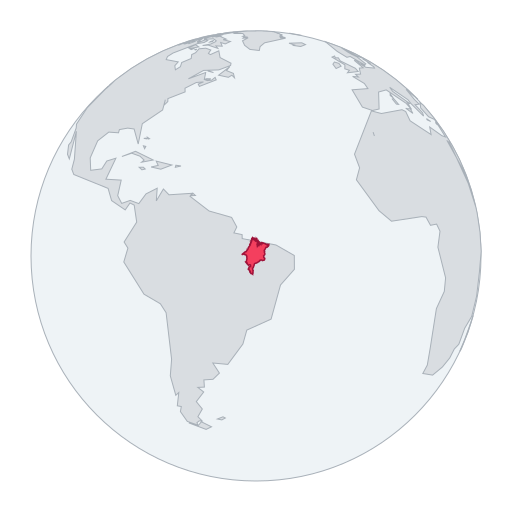 Maranhão highlighted on a globe, orthographic projection
{"feature_id": "BRA-593", "entity_name": "Maranhão", "entity_type": "State", "adm_level": 1, "iso_a3": "BRA", "parent_name": "Brazil", "parent_adm1": "", "projection": "orthographic", "projection_center": [-45.076, -5.686], "detail": "fine", "context": "on_globe", "style": "filled", "palette": "rose", "viewbox_px": 512, "rotation_deg": 0, "n_neighbors": 0, "source": "natural_earth", "source_scale": "10m", "svg_char_len": 12464}
<svg xmlns="http://www.w3.org/2000/svg" viewBox="0 0 512 512"><circle cx="256" cy="256" r="225" fill="#eef3f6" stroke="#a8b0b8"/><path d="M179.9,44.0L178.3,45.3L182.9,43.5L184.7,44.0L190.6,42.4L188.4,43.8L195.1,41.4L196.0,40.5L199.3,39.3L202.9,38.5L200.7,39.9L198.5,40.5L199.8,40.5L197.1,41.7L200.4,40.7L197.3,42.9L205.7,39.7L207.7,40.6L204.1,42.5L197.6,43.6L173.1,53.0L167.5,56.5L166.2,59.6L178.2,61.9L174.8,65.7L175.4,69.8L180.4,66.7L181.7,62.5L191.2,58.5L191.7,54.6L195.6,52.7L199.0,48.8L205.8,48.2L210.8,50.0L208.4,53.4L210.4,54.6L218.8,50.8L220.1,57.6L231.0,63.2L230.6,65.5L218.8,69.9L203.6,70.4L188.4,78.8L205.7,72.5L204.3,79.5L207.2,80.6L211.6,80.2L215.1,77.4L216.2,79.9L199.4,86.4L198.2,84.1L203.5,81.9L196.3,82.5L185.0,88.2L185.1,91.9L167.9,98.6L167.8,101.6L164.0,105.2L165.3,99.7L162.6,110.0L142.3,123.7L138.2,144.0L134.1,129.0L127.7,128.1L119.4,129.6L118.5,132.8L108.8,132.1L97.7,140.8L90.2,157.9L90.7,170.3L101.8,168.9L106.8,161.0L115.9,158.2L105.9,179.2L121.2,180.1L117.7,195.7L121.7,203.4L130.2,200.4L138.8,203.6L146.0,193.9L157.2,188.2L156.3,200.9L163.4,189.0L169.0,194.8L192.0,193.3L190.0,196.3L209.1,211.0L231.6,217.4L236.8,227.0L233.9,232.9L242.1,234.6L242.2,238.6L276.0,245.0L294.3,255.5L294.4,269.3L280.5,285.0L271.1,319.1L246.8,330.1L242.9,344.0L227.8,364.4L212.8,363.0L219.4,373.1L213.0,379.3L203.9,379.9L204.4,387.1L197.8,387.4L203.7,392.0L196.3,401.6L202.3,409.0L197.9,416.7L202.1,420.9L199.1,420.9L196.9,422.7L197.9,425.1L187.3,421.4L180.4,411.6L181.3,406.5L177.3,405.8L178.8,392.5L175.8,395.3L170.3,375.8L171.6,359.3L166.1,312.7L160.4,303.8L144.0,294.2L123.8,262.0L127.9,248.1L124.1,242.0L136.7,222.1L134.2,205.1L130.0,203.0L125.2,209.9L111.6,200.6L108.1,188.4L73.8,174.5L71.8,169.2L74.4,159.2L76.4,131.3L69.3,158.9L67.5,154.3L68.6,145.0L71.2,141.8L76.2,128.0L76.5,124.1L87.2,107.8L108.3,86.2L106.3,88.5L111.6,83.7L114.4,80.9L115.0,80.3L116.7,79.0L131.4,68.3L146.9,58.9L163.1,50.8L179.9,44.0ZM135.5,151.3L153.2,160.0L141.6,162.2L144.1,160.1L140.0,156.2L131.7,153.2L121.9,156.5L135.5,151.3ZM147.0,138.9L143.8,138.4L147.2,138.0L147.0,138.9ZM114.4,80.7L114.0,81.2L109.8,85.1L109.7,84.9L114.1,81.1L114.4,80.7ZM194.9,49.5L196.9,49.2L195.2,50.0L194.9,49.5ZM194.5,48.3L191.2,49.6L190.5,49.2L192.6,48.4L194.5,48.3ZM198.8,46.9L189.8,48.5L188.6,47.9L195.5,44.7L198.8,46.9ZM194.8,40.6L193.9,41.5L191.3,41.6L194.8,40.6ZM193.6,39.5L195.2,39.1L196.2,38.9L192.7,40.0L198.4,38.4L192.3,41.0L179.4,44.3L182.5,43.1L186.1,42.0L187.1,41.5L193.6,39.5ZM200.4,38.9L197.6,39.4L200.0,38.3L206.1,37.0L203.4,37.7L200.4,38.9ZM204.7,37.6L209.2,36.4L211.4,36.3L203.4,38.3L204.7,37.6ZM198.0,38.6L199.4,38.1L200.7,37.9L198.0,38.6ZM221.6,36.2L218.1,36.4L219.0,35.8L221.6,36.2ZM210.8,36.0L210.0,36.1L210.0,35.9L213.4,35.3L210.8,36.0ZM201.0,37.5L203.0,37.0L202.6,37.1L205.7,36.4L205.2,36.5L207.9,35.9L209.5,35.6L206.8,36.2L200.8,37.6L201.0,37.5ZM216.7,34.4L217.0,34.9L223.3,34.3L222.6,34.8L212.7,35.7L216.7,34.4ZM211.1,35.3L214.4,34.8L211.9,35.4L208.1,36.2L211.1,35.3ZM219.1,34.0L218.9,33.9L219.8,33.9L219.1,34.0ZM221.0,33.5L218.5,34.0L221.0,33.5ZM219.2,33.7L217.5,34.1L216.7,34.2L218.0,33.9L218.6,33.9L219.2,33.7ZM230.8,32.1L228.8,32.6L223.1,33.4L225.8,32.8L230.8,32.1ZM206.1,429.4L188.8,422.9L198.0,425.8L201.4,421.8L211.5,426.8L206.1,429.4ZM217.4,419.0L223.0,416.8L225.3,418.0L221.8,419.9L217.4,419.0ZM417.9,99.3L413.0,94.6L408.7,90.4L417.9,99.3ZM408.2,89.9L409.4,91.3L413.2,94.8L414.1,96.2L410.6,93.2L409.1,91.4L406.1,89.4L414.4,99.5L419.2,104.1L415.1,104.7L422.6,112.8L423.6,116.1L411.2,103.8L407.9,99.7L389.7,87.3L392.7,91.4L410.1,103.8L407.3,102.6L411.6,109.5L406.1,103.3L386.2,89.9L378.6,92.0L379.1,109.0L372.5,110.5L362.4,107.1L352.1,89.8L367.9,88.6L364.4,83.5L352.6,76.4L358.4,77.0L355.5,74.3L360.6,74.1L359.3,68.1L363.2,67.8L354.5,60.6L355.3,59.7L360.3,64.0L365.8,67.3L374.5,68.1L373.8,66.8L367.4,62.4L370.6,63.6L363.3,59.3L364.3,58.8L357.0,56.1L349.3,51.9L345.4,49.5L341.5,47.9L347.8,52.1L351.6,54.3L356.9,56.8L365.8,63.9L364.6,64.8L350.2,56.5L346.9,57.3L337.2,51.4L326.0,42.2L325.6,41.7L340.7,47.2L355.3,53.8L369.5,61.4L383.1,70.0L396.0,79.5L408.2,89.9ZM475.7,206.2L475.8,206.4L471.5,190.5L451.6,147.0L449.4,142.7L449.1,142.2L448.5,141.3L451.9,148.2L446.8,140.2L462.8,169.1L467.7,181.7L475.9,207.3L476.4,209.6L477.1,212.8L480.0,232.0L481.2,251.4L479.4,272.1L476.6,296.2L471.7,316.4L464.7,328.2L458.8,344.3L454.3,349.0L449.7,358.0L442.4,367.0L432.6,375.1L422.8,373.5L427.3,365.1L430.2,348.2L436.4,308.6L444.3,291.4L445.6,277.8L437.9,247.2L440.0,231.2L436.6,224.1L430.5,225.3L426.0,217.1L421.8,216.6L391.5,221.2L379.0,210.7L356.4,179.8L359.6,167.8L354.5,154.2L371.4,110.9L381.4,113.5L402.0,109.7L405.7,111.5L410.1,120.8L431.1,134.6L429.7,127.0L441.9,135.7L445.5,137.0L434.6,119.5L428.6,116.8L420.7,108.0L420.1,102.7L423.6,105.4L434.1,118.0L443.6,131.3L452.2,145.3L459.7,159.8L466.2,174.9L471.5,190.4L475.7,206.2ZM373.1,132.1L374.4,136.0L373.1,132.1ZM192.8,193.1L195.4,195.5L191.6,195.7L192.8,193.1ZM139.2,167.3L143.3,167.2L145.2,169.0L141.9,169.8L139.2,167.3ZM175.9,165.2L181.0,166.0L175.3,167.3L175.9,165.2ZM156.2,161.1L171.8,165.0L160.8,169.2L151.1,167.0L158.2,165.4L156.2,161.1ZM143.4,145.8L145.8,146.4L144.6,148.7L143.4,145.8ZM149.5,138.7L148.4,139.0L147.6,137.4L149.5,138.7ZM205.2,79.1L206.6,78.7L210.8,78.8L208.1,80.1L205.2,79.1ZM233.4,73.4L234.5,77.8L231.9,75.2L228.4,77.3L218.6,75.2L229.8,66.6L226.5,70.6L233.4,73.4ZM208.6,70.8L213.5,72.6L207.7,71.0L208.6,70.8ZM334.4,62.0L338.9,63.4L341.1,66.2L336.1,68.5L332.9,64.2L334.4,62.0ZM344.9,64.9L332.0,57.1L334.6,56.0L335.3,57.8L338.3,57.8L340.3,60.9L355.4,68.3L358.2,71.5L347.4,72.8L349.4,70.3L344.8,68.8L344.9,64.9ZM294.5,45.0L289.0,43.2L301.8,42.8L305.5,44.6L300.7,46.5L293.5,45.5L294.5,45.0ZM212.6,41.6L209.7,42.1L210.3,41.6L213.3,40.6L212.6,41.6ZM219.9,36.3L226.2,39.1L223.1,39.7L230.4,41.5L225.2,43.9L220.7,42.5L222.2,46.2L215.9,45.9L217.9,48.4L208.2,45.1L202.6,45.5L210.8,44.0L215.7,41.6L216.2,40.7L213.4,38.8L203.9,39.4L207.3,37.7L212.2,36.4L215.0,36.0L211.9,37.1L217.9,35.8L215.5,37.1L219.9,36.3ZM267.7,31.1L263.0,31.0L274.5,31.6L272.3,31.7L273.7,31.7L274.8,32.2L278.7,33.1L276.7,33.2L279.1,33.5L279.8,34.1L282.4,34.8L279.7,35.3L282.7,36.3L279.7,36.0L285.5,37.7L280.0,36.8L280.5,37.9L285.6,38.2L264.6,42.8L260.1,46.6L259.3,50.5L249.9,49.4L244.6,45.3L242.5,40.8L248.2,37.8L242.9,38.2L244.1,37.0L247.8,37.2L242.8,36.3L244.7,35.5L242.8,33.5L234.4,33.5L233.5,33.1L237.8,32.7L233.9,32.6L241.4,31.8L240.9,31.6L247.8,31.0L256.3,31.0L255.1,30.8L260.3,30.8L267.7,31.1ZM235.3,31.7L243.6,31.1L247.7,30.9L234.0,32.2L233.4,32.5L224.8,34.0L219.1,34.3L222.1,33.8L223.7,33.4L224.8,33.4L225.1,33.1L229.2,32.5L230.5,32.3L233.7,32.0L233.0,31.9L235.3,31.7ZM405.7,108.2L407.8,108.8L410.2,108.7L412.9,113.4L405.7,108.2ZM392.3,99.0L393.6,98.5L398.6,104.4L396.4,104.1L392.3,99.0ZM390.1,93.6L393.3,98.0L390.2,95.5L390.1,93.6ZM361.0,63.6L361.9,63.2L363.6,64.3L365.1,65.8L361.0,63.6ZM299.7,35.0L301.5,35.4L298.1,34.7L297.3,34.6L289.4,33.2L289.5,33.2L299.7,35.0ZM436.0,122.0L437.5,125.0L435.8,123.1L435.7,122.4L436.0,122.0ZM426.5,118.6L430.7,121.5L427.2,119.9L426.5,118.6ZM461.7,347.9L460.1,351.3L460.2,350.4L464.7,339.6L472.3,318.4L473.3,315.4L468.1,331.9L461.7,347.9Z" fill="#d9dde1" stroke="#a8b0b8" stroke-width="1"/><path d="M251.8,238.5L252.2,238.2L252.2,238.4L252.2,238.2L252.4,237.8L252.5,238.0L252.4,238.2L252.6,238.2L252.4,238.2L252.4,238.4L252.6,238.6L252.9,237.8L252.9,238.0L252.7,238.3L252.8,238.2L252.9,238.4L252.8,238.6L253.0,238.4L253.1,238.6L253.1,238.9L253.1,238.7L253.5,238.1L253.4,238.6L253.6,238.4L253.7,238.7L253.6,239.0L253.9,239.0L253.9,238.7L254.0,238.7L254.0,238.9L254.2,238.7L254.1,239.0L254.3,238.8L254.2,239.2L254.6,238.7L254.7,239.0L254.4,239.4L254.2,239.5L254.3,239.4L254.3,239.6L254.5,239.6L254.5,239.4L254.9,238.8L255.0,238.8L255.1,239.2L254.8,239.5L254.7,239.8L254.8,239.9L254.8,239.7L255.0,239.9L254.9,240.4L255.0,240.5L255.4,240.2L255.3,239.9L255.7,239.5L255.8,239.6L255.9,239.4L256.0,239.5L255.9,239.5L256.0,239.5L256.1,239.3L256.1,239.5L256.3,239.5L256.2,239.6L256.4,239.7L256.2,239.9L256.4,239.9L256.5,239.6L256.8,239.2L256.9,239.5L256.6,239.7L256.6,239.9L256.6,240.1L256.7,239.9L256.9,240.1L257.0,240.1L256.9,240.0L256.9,239.8L257.0,240.1L257.1,239.9L257.1,240.0L257.1,240.4L257.0,240.6L257.2,240.4L257.4,240.4L257.0,240.8L257.4,240.7L257.6,240.8L257.7,240.4L257.9,240.5L257.6,240.9L257.8,240.8L258.0,240.8L258.0,241.0L258.1,240.8L257.9,241.1L258.2,241.1L258.3,241.5L257.8,241.7L258.3,241.7L257.8,242.1L257.7,242.1L257.9,242.2L257.7,242.4L257.4,242.4L257.5,242.6L257.3,242.5L257.0,242.6L257.4,242.6L257.5,242.7L257.4,243.1L257.6,242.9L257.6,243.2L257.7,242.6L258.3,242.1L258.7,242.3L258.8,242.8L258.7,243.1L258.4,243.1L258.2,243.0L258.2,243.5L257.6,243.8L258.1,243.6L257.7,244.3L257.7,244.9L257.5,245.1L257.5,245.4L257.8,245.5L257.4,246.1L257.2,246.2L257.2,246.6L257.3,246.3L257.6,246.2L258.5,245.2L258.8,244.0L258.8,243.6L259.0,243.6L259.1,243.8L259.1,243.4L259.9,243.1L260.1,243.3L259.8,243.3L260.0,243.3L260.0,243.5L260.1,243.4L260.0,243.7L259.7,243.9L259.8,243.9L259.7,244.1L259.4,244.1L259.4,244.3L258.9,244.6L258.9,244.8L259.0,244.6L259.1,244.8L259.2,244.5L259.4,244.6L259.5,244.5L259.4,244.8L259.8,244.5L260.0,244.5L259.9,244.7L260.1,244.1L260.3,243.9L260.4,244.0L260.4,243.9L260.5,243.7L260.7,244.0L260.7,243.8L261.2,243.6L261.3,243.4L261.3,243.7L261.6,243.7L261.6,243.4L261.5,243.5L262.0,243.6L262.0,243.2L262.2,243.7L262.3,243.6L262.3,243.4L262.5,243.4L262.3,243.3L262.5,243.3L262.2,243.1L262.3,242.9L262.6,242.8L263.4,243.0L264.9,243.7L265.3,243.7L265.8,244.2L266.2,244.2L266.1,244.4L266.3,244.5L266.4,244.4L267.0,244.5L267.1,244.8L267.3,244.7L267.8,244.7L267.8,244.8L268.0,244.7L268.3,244.8L268.3,244.6L268.0,244.4L268.8,244.4L268.6,244.8L268.8,245.3L268.3,246.2L268.1,246.4L267.6,246.5L267.2,247.2L266.3,247.3L266.1,247.2L265.5,248.1L265.5,248.6L265.2,249.0L264.8,249.5L264.6,249.9L264.2,250.3L264.3,250.8L264.5,251.0L264.7,251.3L264.5,251.8L264.3,252.0L264.4,252.3L264.7,253.0L264.9,254.0L264.7,254.7L264.4,254.9L263.9,255.7L263.7,255.8L263.8,256.1L263.7,256.3L263.7,256.9L263.9,257.3L263.8,257.5L264.3,258.0L264.7,258.2L264.8,258.6L264.7,258.7L264.7,259.1L264.4,259.9L264.1,260.2L263.6,260.3L263.3,260.2L262.5,260.6L262.2,260.5L261.9,260.2L261.5,260.0L260.9,260.0L260.4,260.2L260.0,260.3L260.0,260.5L259.8,260.5L259.6,260.7L259.4,261.1L259.2,261.2L259.0,261.6L258.2,261.9L257.6,262.5L257.0,262.6L256.7,262.9L256.3,263.1L255.2,263.3L254.5,263.8L254.4,264.0L254.2,264.6L254.0,265.7L253.4,266.8L253.4,267.3L253.3,267.5L253.1,267.8L252.7,268.2L252.5,268.7L252.8,269.7L252.8,270.2L253.2,270.6L253.2,270.8L253.0,271.1L253.0,273.0L252.8,273.0L252.8,273.3L252.6,273.7L252.6,274.2L252.1,273.8L251.1,273.6L250.6,273.0L250.6,272.7L250.5,272.4L249.8,272.0L249.8,271.7L250.1,271.6L250.3,271.2L249.3,270.5L249.1,269.7L249.0,269.4L248.7,269.3L248.4,269.3L248.2,269.1L248.3,268.9L248.9,268.4L248.8,268.0L249.2,266.9L249.6,266.7L250.5,266.6L250.3,266.3L250.4,266.2L250.4,265.8L250.6,265.4L250.5,265.0L250.0,264.7L249.0,264.9L248.6,265.2L248.4,265.3L247.6,264.1L247.4,264.1L247.3,263.7L247.2,263.8L246.9,263.3L246.7,263.3L246.5,262.9L246.2,262.9L246.6,262.7L246.6,262.4L246.2,262.2L246.0,262.4L245.6,261.9L245.8,261.8L246.0,261.8L246.5,261.1L246.6,260.0L246.9,259.1L246.9,258.6L247.0,258.3L246.8,257.7L246.9,256.7L246.6,256.2L246.6,255.6L246.5,255.4L246.4,255.2L245.6,254.9L245.2,254.8L245.1,254.4L244.9,254.3L244.6,254.2L244.1,254.4L243.2,254.0L242.6,254.1L242.2,254.6L241.9,254.6L241.7,254.7L245.3,251.7L245.9,251.8L246.2,251.5L246.7,250.7L247.0,250.4L247.2,249.6L247.3,249.7L248.1,248.9L248.3,247.7L248.6,247.5L248.7,247.0L248.9,246.8L249.1,246.7L249.4,246.2L249.5,246.1L249.9,245.4L249.8,245.0L250.1,244.9L249.8,244.4L250.0,244.1L250.3,244.0L250.4,243.7L250.7,243.6L250.7,243.1L250.8,242.9L250.6,243.0L250.7,242.8L250.7,242.5L250.9,242.5L251.3,242.1L251.5,241.2L251.5,240.8L251.5,240.7L251.2,240.7L251.5,240.4L251.7,239.8L251.6,239.5L251.9,239.0L251.7,238.8L251.8,238.5ZM258.3,244.3L258.2,244.8L258.3,244.6L258.3,245.2L257.9,245.7L258.0,245.1L258.0,244.7L258.1,244.4L258.3,244.3ZM261.7,242.5L261.8,242.6L261.7,243.1L261.3,243.2L261.3,242.7L261.7,242.5ZM256.7,238.7L256.7,238.9L256.4,239.1L256.2,239.1L256.2,238.9L256.3,238.8L256.3,239.0L256.4,238.6L256.7,238.7ZM267.9,244.3L268.0,244.5L267.7,244.5L267.7,244.3L267.3,244.2L267.9,244.3ZM260.9,243.5L260.8,243.2L261.0,243.3L261.1,243.2L261.2,243.3L261.1,243.5L260.9,243.5ZM267.1,244.3L267.5,244.4L267.7,244.6L267.1,244.4L267.1,244.3ZM261.8,243.0L262.0,243.0L261.9,243.2L261.8,243.0Z" fill="#f43f5e" stroke="#9f1239" stroke-width="1.5"/></svg>